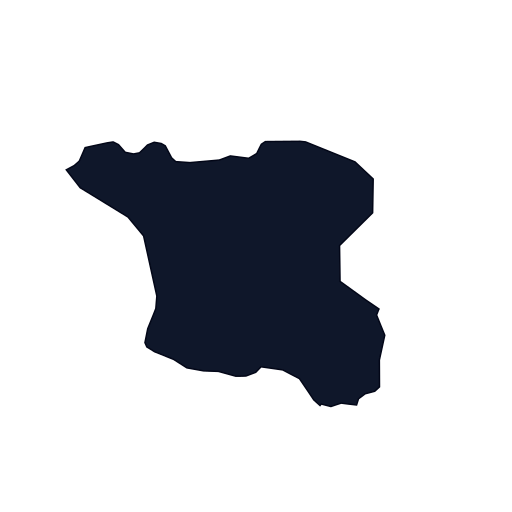 Bandundu, Bandundu, Democratic Republic of the Congo, rotated 330°
{"feature_id": "63176286B76945459106625", "entity_name": "Bandundu", "entity_type": "district", "adm_level": 2, "iso_a3": "COD", "parent_name": "Democratic Republic of the Congo", "parent_adm1": "Bandundu", "projection": "natural_earth1", "projection_center": [17.431, -3.316], "detail": "fine", "context": "isolated", "style": "filled", "palette": "ink", "viewbox_px": 512, "rotation_deg": 330, "n_neighbors": 0, "source": "geoboundaries", "source_scale": "gbopen_adm2", "svg_char_len": 1360}
<svg xmlns="http://www.w3.org/2000/svg" viewBox="0 0 512 512"><g transform="rotate(330 256 256)"><path d="M388.8,224.0L356.0,182.0L351.5,178.7L321.3,161.6L316.5,161.9L312.8,164.3L307.9,167.6L304.1,167.7L298.5,167.7L283.8,156.5L273.6,154.8L272.1,154.5L269.5,153.3L245.5,142.1L235.7,135.5L233.7,134.2L232.0,128.8L232.5,115.2L230.2,111.2L224.7,106.6L217.5,105.6L213.9,106.6L206.7,108.4L201.0,106.4L198.7,104.4L194.6,100.8L192.6,90.8L189.4,85.9L189.1,85.7L183.7,83.6L167.3,78.3L162.2,76.7L159.4,78.8L150.5,85.4L148.4,85.9L143.7,86.8L134.8,86.5L137.9,109.0L141.5,115.6L153.0,136.8L164.6,158.2L168.7,182.4L150.1,241.1L149.0,242.7L147.4,245.0L143.0,251.4L138.0,255.4L125.9,264.8L116.5,275.5L116.0,280.2L117.4,282.7L120.3,288.2L133.0,304.4L136.0,310.2L140.2,318.3L153.1,329.2L158.0,332.3L165.7,337.1L178.4,350.0L180.7,351.3L184.1,353.2L187.3,354.9L191.6,355.6L197.6,356.6L203.5,354.9L205.0,354.5L206.4,355.6L222.2,368.0L226.8,375.3L232.3,383.9L233.5,400.1L234.1,409.5L236.7,417.5L238.5,416.8L240.9,419.2L245.6,423.8L251.1,424.9L256.2,426.0L261.6,430.1L268.6,435.3L273.4,430.9L281.7,429.9L284.9,430.8L291.2,432.5L294.0,431.9L297.5,431.1L310.8,407.8L327.9,389.0L329.2,379.5L329.3,378.7L330.9,367.4L335.0,364.1L336.0,363.4L329.0,348.8L316.1,320.0L333.6,288.7L378.6,276.9L396.0,247.9L392.3,235.7L388.8,224.0Z" fill="#0f172a" stroke="#020617" stroke-width="1.5"/></g></svg>